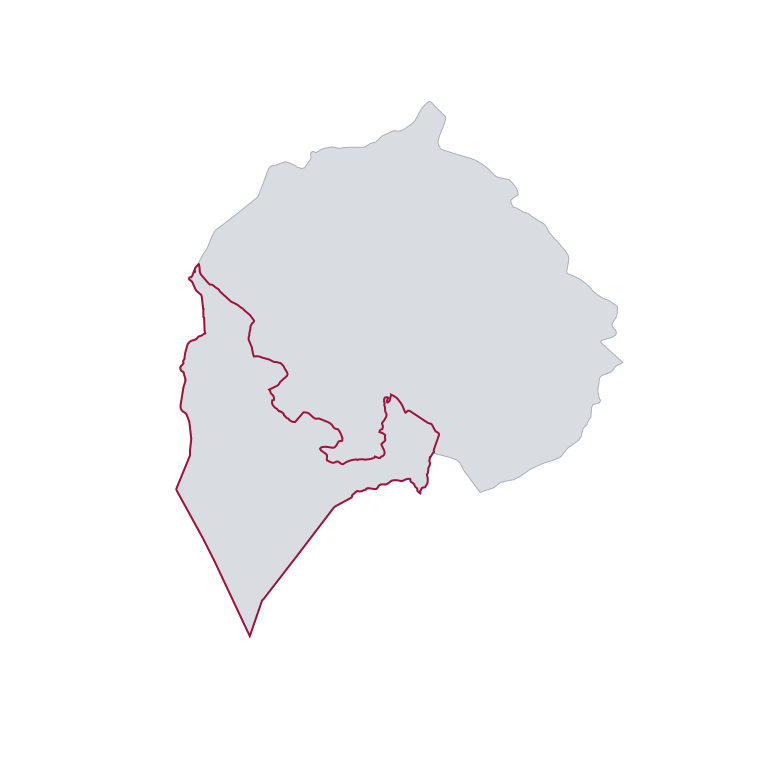 where Somali sits in Ethiopia, rotated 109°
{"feature_id": "ETH-3134", "entity_name": "Somali", "entity_type": "Administrative State", "adm_level": 1, "iso_a3": "ETH", "parent_name": "Ethiopia", "parent_adm1": "", "projection": "mercator", "projection_center": [42.488, 7.246], "detail": "fine", "context": "in_parent", "style": "outline", "palette": "rose", "viewbox_px": 768, "rotation_deg": 109, "n_neighbors": 0, "source": "natural_earth", "source_scale": "10m", "svg_char_len": 9804}
<svg xmlns="http://www.w3.org/2000/svg" viewBox="0 0 768 768"><g transform="rotate(109 384 384)"><path d="M187.4,523.8L186.8,523.1L183.5,520.5L180.4,517.0L178.5,513.1L176.7,510.0L175.7,502.9L173.4,498.5L171.2,493.2L167.8,483.1L166.4,479.6L163.7,477.2L160.8,475.0L157.9,470.6L150.1,466.6L147.2,463.5L142.0,458.1L140.8,455.4L140.4,452.7L138.8,450.2L135.9,447.4L127.0,441.2L124.6,440.5L121.4,439.8L116.7,439.2L110.5,437.8L105.0,435.4L102.5,433.7L101.9,432.5L102.4,430.6L104.4,427.2L108.2,419.2L110.8,413.6L112.5,412.1L117.4,411.7L122.5,411.8L126.2,412.3L131.5,412.3L137.9,411.8L140.4,410.0L142.4,408.0L143.2,406.6L143.5,403.0L143.4,400.1L143.1,389.1L142.8,382.3L142.5,374.6L142.6,373.0L142.6,371.0L144.2,362.8L145.6,358.1L146.6,355.6L150.6,347.7L151.3,345.1L151.5,342.8L150.0,332.2L152.6,327.2L155.9,322.3L158.8,320.2L161.2,318.7L162.3,319.3L165.0,321.6L168.7,323.9L170.4,323.4L172.9,321.4L174.7,319.3L174.5,315.6L176.1,307.9L175.8,303.5L177.6,298.0L179.5,290.3L180.4,285.4L181.5,282.8L186.8,277.4L191.3,269.7L194.2,264.1L199.7,255.0L202.5,251.7L204.8,250.2L208.2,249.3L214.5,248.5L219.0,247.7L219.7,246.5L220.0,244.7L220.1,240.6L221.0,233.5L222.9,226.7L225.2,221.4L226.5,219.1L228.0,216.8L229.7,212.9L231.8,204.5L231.7,198.9L234.7,188.4L235.4,188.4L240.5,186.5L245.5,186.2L250.4,187.5L253.5,187.8L255.0,187.2L256.3,185.4L257.6,182.6L259.6,181.1L262.3,180.8L265.9,183.9L271.7,192.3L273.2,192.8L274.1,192.6L277.0,185.9L279.3,180.6L283.5,170.9L285.9,165.3L288.1,166.9L290.4,169.8L292.9,171.1L295.6,171.9L296.9,172.0L298.6,173.2L304.5,180.1L306.5,181.8L309.3,181.9L320.8,179.7L327.8,175.6L328.8,174.0L330.7,174.0L333.0,175.8L333.9,177.5L335.4,179.8L338.1,180.1L344.7,178.5L348.0,177.6L350.7,178.4L354.2,179.0L356.4,179.0L361.6,181.3L367.9,180.6L370.9,180.7L373.9,181.7L378.9,185.3L385.3,189.7L394.6,192.8L396.5,194.1L400.9,199.1L407.9,208.6L416.9,217.8L426.8,225.0L432.1,230.0L435.6,236.1L439.1,241.7L442.7,244.1L446.0,246.0L449.4,250.2L451.8,253.7L455.2,257.7L451.5,263.2L446.5,270.6L440.7,279.1L439.0,281.2L434.0,286.3L433.1,287.8L432.1,291.5L432.0,298.3L432.7,306.9L433.3,314.9L436.1,315.8L439.3,316.4L442.9,315.4L447.2,314.5L452.5,313.9L458.4,312.3L461.9,311.1L465.6,311.1L468.8,312.5L470.4,313.8L472.7,314.2L475.7,314.2L475.0,315.7L473.4,317.9L471.4,320.1L469.6,322.3L465.7,328.7L465.6,329.5L466.1,330.7L468.2,333.6L470.4,338.3L471.6,342.6L472.6,344.7L475.3,347.1L479.1,352.0L481.2,355.3L485.4,357.0L486.8,361.2L490.0,367.4L493.4,372.3L496.7,376.2L500.4,377.6L501.9,377.8L509.7,384.9L515.6,390.3L517.1,391.2L527.8,394.7L540.0,398.8L549.9,402.1L562.4,406.2L574.8,410.3L586.4,414.3L602.7,419.8L615.8,424.2L626.2,427.7L628.4,428.8L666.0,428.8L656.8,437.9L646.3,448.1L635.2,458.8L628.1,465.7L616.8,476.7L607.5,485.8L597.8,495.7L589.1,504.7L577.7,517.2L570.4,525.2L558.9,537.8L551.6,545.8L550.6,546.2L540.2,545.6L530.1,545.0L517.3,544.3L515.8,544.3L512.1,545.1L509.8,545.8L500.5,547.9L498.8,548.5L491.1,551.9L483.3,555.9L479.2,558.9L476.0,563.4L474.6,566.6L473.2,568.0L470.7,569.2L454.3,572.2L449.5,572.6L441.8,575.0L437.7,579.0L436.5,581.1L431.0,581.0L421.4,581.6L417.3,582.2L415.3,582.4L411.6,582.3L408.5,581.6L406.5,580.5L404.0,578.0L398.4,573.0L394.4,569.9L385.5,573.5L377.5,577.1L366.1,582.2L359.6,585.8L357.7,589.5L352.7,596.1L348.2,600.2L346.5,600.7L336.4,599.9L332.8,599.1L326.7,598.3L318.6,596.9L313.2,595.3L307.3,595.1L298.7,594.6L293.5,593.5L288.2,589.8L281.3,585.3L274.3,580.7L267.0,576.0L258.4,570.6L249.0,564.7L246.9,564.1L246.0,564.0L235.8,563.7L225.2,563.4L218.0,563.2L215.8,562.5L214.1,561.2L211.9,556.8L209.1,553.7L206.0,549.7L205.8,544.3L206.6,538.4L207.4,536.5L207.0,534.6L207.1,531.9L205.3,529.4L194.9,526.6L193.3,526.8L191.5,527.9L189.5,528.6L188.1,527.9L187.3,526.9L187.2,525.1L187.4,523.8Z" fill="#d9dde1" stroke="#a8b0b8" stroke-width="1"/><path d="M666.1,428.8L607.5,485.8L589.1,504.7L554.7,542.6L551.7,545.8L550.6,546.2L515.1,544.2L513.7,544.5L510.4,545.7L498.5,548.4L483.1,555.8L477.1,560.7L476.8,561.0L476.5,561.5L476.0,562.7L475.4,565.4L474.8,566.6L473.6,567.9L472.2,568.8L470.6,569.4L452.1,572.6L446.0,572.7L444.8,573.0L443.5,573.6L441.3,575.3L438.7,577.0L438.0,577.5L437.8,578.3L437.8,579.4L437.6,579.9L437.1,580.3L436.6,581.1L434.7,582.1L433.0,581.8L431.4,580.9L429.6,580.3L428.0,581.2L427.5,581.4L426.9,581.3L425.9,580.9L425.3,580.8L422.3,581.6L421.3,581.6L419.4,582.1L411.4,582.6L409.4,582.4L407.6,581.6L405.9,580.3L403.5,576.9L402.5,576.0L401.9,575.7L400.1,575.1L399.4,574.7L399.0,574.3L398.4,573.2L397.4,572.1L395.2,570.6L394.3,569.5L392.0,571.0L380.0,575.6L379.8,575.8L379.6,576.4L379.4,576.6L372.6,579.0L372.2,578.9L371.9,578.9L371.8,579.0L371.9,579.3L371.7,579.5L359.9,585.2L359.1,586.2L357.3,590.9L356.7,592.1L356.0,593.0L350.5,598.0L349.6,599.2L348.8,601.7L348.1,602.7L346.9,602.7L346.3,602.3L346.0,601.8L345.8,601.3L345.5,600.9L344.3,600.5L339.6,600.4L340.0,599.7L339.8,599.3L339.3,599.2L337.6,600.2L336.2,600.3L334.7,600.0L331.3,598.4L331.8,598.0L331.5,597.7L334.6,596.0L337.8,594.7L339.2,593.7L340.5,592.1L345.6,583.3L346.7,581.0L346.2,579.4L346.1,578.7L346.3,577.9L347.5,574.7L348.3,571.4L348.6,570.9L350.0,569.1L355.9,555.4L356.1,554.4L356.2,552.2L356.9,548.1L358.0,545.0L358.8,541.9L360.2,539.1L362.5,533.1L366.1,527.9L366.9,527.3L367.5,527.3L368.6,527.9L369.9,528.5L372.6,529.0L373.4,528.9L375.4,528.3L375.7,528.2L376.6,528.3L377.8,528.0L379.4,527.9L382.2,527.2L383.9,527.2L384.2,527.1L384.5,526.9L385.5,526.7L386.2,526.4L392.1,521.1L397.6,518.0L400.3,516.0L399.0,512.8L398.7,511.7L398.6,510.6L398.7,507.6L398.2,500.4L398.5,498.5L398.7,497.5L398.8,496.6L398.9,495.6L398.8,494.6L398.6,493.8L398.3,493.0L398.1,492.1L398.2,490.5L397.9,488.7L398.2,487.9L399.6,485.2L400.2,484.4L402.4,482.2L404.3,479.7L405.1,479.0L406.0,478.4L407.8,478.4L409.6,479.2L411.4,480.4L416.1,482.9L418.0,483.2L418.9,483.5L419.8,484.0L420.5,484.5L426.7,490.8L427.1,490.0L427.7,489.4L429.1,488.4L429.7,487.8L431.0,485.2L432.0,484.1L433.6,483.2L435.1,483.0L435.7,484.3L436.6,484.2L437.5,484.0L438.3,483.7L439.1,483.2L439.4,483.0L440.4,482.0L440.6,481.6L440.8,481.3L440.9,481.0L441.4,480.2L441.8,479.5L442.5,476.9L443.5,475.3L443.9,474.4L443.5,473.7L443.8,473.3L443.9,472.9L443.7,472.0L443.8,471.6L444.2,471.0L444.3,470.7L444.4,469.8L444.8,469.2L446.1,468.5L446.0,468.1L446.2,467.8L446.4,467.6L446.6,467.4L447.1,466.2L447.6,465.4L447.8,465.0L447.9,464.5L447.8,463.7L447.9,463.2L448.0,462.9L448.8,461.8L449.3,460.1L449.5,458.2L449.0,455.9L448.7,455.6L437.2,451.0L436.8,450.5L436.5,449.3L436.2,447.3L436.1,446.5L436.3,445.7L436.8,444.2L438.5,440.3L439.1,438.2L438.9,436.5L438.3,435.4L437.9,434.5L437.8,433.5L438.3,424.3L438.7,422.2L439.4,420.3L441.5,417.4L442.0,416.3L442.1,415.3L441.8,413.1L442.1,412.2L443.6,410.3L445.1,408.7L448.7,405.7L451.2,405.0L452.7,407.7L453.2,408.2L457.7,409.1L459.9,410.0L461.0,411.6L462.1,417.9L462.8,419.9L463.7,421.7L464.8,423.1L466.1,423.4L467.4,421.8L468.9,416.3L469.9,414.8L470.7,414.4L474.0,413.5L474.7,413.0L474.9,412.1L475.0,411.1L475.3,409.3L475.3,408.2L475.2,407.2L475.0,406.3L474.6,405.5L472.7,403.5L472.3,401.8L473.5,398.2L473.2,396.7L472.5,396.1L470.8,394.8L470.1,394.2L467.5,391.3L465.2,387.6L464.5,386.1L464.4,385.4L464.5,384.4L464.3,384.1L463.6,383.4L463.2,382.6L461.9,379.0L461.8,378.4L461.8,377.5L461.7,377.2L459.3,372.3L458.0,370.6L456.7,369.2L455.5,369.0L455.7,365.2L455.2,363.6L453.7,363.1L452.3,361.5L450.5,360.8L448.6,361.1L446.8,362.2L442.4,366.6L441.7,366.8L440.7,366.4L437.8,364.8L436.8,364.5L435.9,364.8L434.1,365.9L433.3,365.9L432.0,366.2L431.1,368.3L430.8,370.9L431.0,372.6L430.0,372.8L429.1,372.7L428.3,372.3L427.7,371.5L427.3,371.0L426.4,370.9L425.4,371.0L424.6,371.2L423.8,371.6L422.5,372.7L421.8,373.1L421.0,373.0L418.1,372.0L415.0,371.4L413.4,371.3L411.9,371.7L411.5,372.0L410.5,373.0L409.7,373.7L408.9,374.2L408.0,374.6L406.2,375.3L405.4,375.7L404.7,376.2L404.0,376.8L403.7,377.0L403.3,377.0L402.8,377.0L402.4,377.1L402.0,377.3L400.8,378.1L399.2,378.7L398.3,378.9L397.5,378.9L396.6,378.7L396.1,378.1L395.7,377.3L395.5,376.3L395.6,375.6L396.3,375.5L398.0,375.8L398.9,375.8L399.9,375.5L400.4,375.0L400.0,374.3L398.2,373.2L396.5,373.2L394.6,373.6L392.5,373.6L392.1,373.5L391.8,373.7L392.1,371.0L392.8,368.3L393.3,366.8L396.7,361.6L398.8,359.3L403.5,355.2L404.1,354.3L403.7,353.8L402.1,353.1L401.4,352.6L401.1,351.6L401.1,350.7L406.5,329.8L406.5,328.8L406.3,327.2L406.4,326.4L406.7,325.7L408.0,324.1L410.9,321.2L412.0,319.5L412.2,318.5L412.4,317.4L412.7,316.5L413.4,315.7L414.2,315.4L429.3,315.5L430.4,315.4L431.1,315.1L431.7,314.7L432.1,314.6L432.4,314.9L433.3,315.3L437.8,316.2L437.9,316.4L438.0,316.6L438.2,316.8L438.5,316.8L438.7,316.7L438.9,316.5L439.2,316.4L441.3,316.3L442.3,316.0L443.5,314.9L444.5,314.5L446.6,314.3L448.5,314.7L449.2,314.7L449.8,314.6L451.1,314.0L451.4,314.0L452.1,314.0L452.4,314.0L453.7,313.6L454.5,313.7L455.1,313.9L455.7,313.9L456.5,313.5L459.0,311.9L462.4,310.8L464.1,310.7L466.8,311.3L467.7,311.4L468.4,311.7L469.3,313.7L470.0,314.3L470.8,314.5L472.4,314.6L473.3,314.9L473.8,315.0L474.3,314.8L474.7,314.3L475.1,314.0L475.7,314.2L475.2,315.0L474.8,316.6L474.6,317.2L473.9,317.8L472.3,318.4L471.8,319.0L471.5,319.8L471.3,320.4L471.1,321.0L470.5,321.7L469.1,322.7L468.7,323.4L468.3,324.3L468.0,325.8L467.7,326.6L467.3,327.2L466.5,327.7L465.8,327.9L465.3,328.2L465.3,329.1L466.1,330.8L467.1,332.4L469.2,334.4L469.7,335.2L470.2,336.2L470.6,339.7L471.3,342.2L472.4,344.5L473.4,345.7L477.0,348.0L477.9,348.9L478.6,350.1L479.0,351.3L479.3,352.6L480.1,354.4L481.1,355.4L482.5,356.0L484.2,356.3L485.6,356.9L486.3,358.1L487.4,364.2L487.9,365.7L488.8,366.7L489.8,366.9L490.1,367.1L490.4,367.4L490.8,368.3L491.1,368.7L491.4,369.0L492.2,369.5L492.5,369.9L493.4,371.6L493.6,372.3L493.7,373.6L493.9,374.3L494.3,374.9L499.2,377.8L499.9,377.9L500.8,377.5L501.4,377.5L502.0,377.8L515.6,390.3L517.1,391.2L573.3,409.8L582.7,413.0L626.2,427.7L628.4,428.8L666.1,428.8Z" fill="none" stroke="#9f1239" stroke-width="2"/></g></svg>